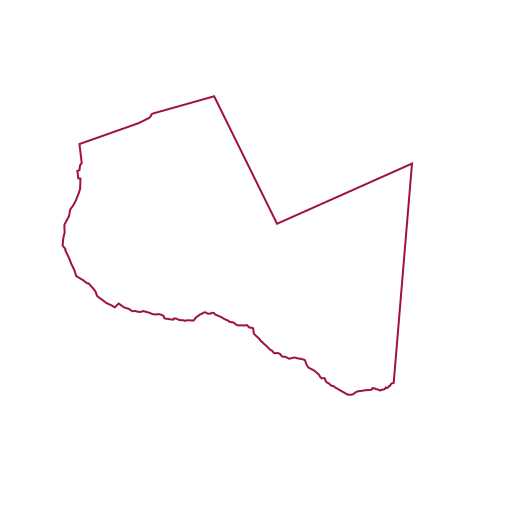 Rivadavia, Mendoza, Argentina (Equal Earth projection), rotated 250°
{"feature_id": "61730980B42888218741442", "entity_name": "Rivadavia", "entity_type": "district", "adm_level": 2, "iso_a3": "ARG", "parent_name": "Argentina", "parent_adm1": "Mendoza", "projection": "equal_earth", "projection_center": [-68.761, -33.437], "detail": "fine", "context": "isolated", "style": "outline", "palette": "rose", "viewbox_px": 512, "rotation_deg": 250, "n_neighbors": 0, "source": "geoboundaries", "source_scale": "gbopen_adm2", "svg_char_len": 2910}
<svg xmlns="http://www.w3.org/2000/svg" viewBox="0 0 512 512"><g transform="rotate(250 256 256)"><path d="M421.6,128.4L402.9,124.0L401.4,121.7L397.0,119.4L397.0,117.2L389.7,115.6L388.8,117.5L379.5,113.8L376.2,111.4L370.0,105.9L366.2,101.7L363.3,97.4L357.4,93.9L351.0,86.7L347.4,85.4L343.6,84.3L341.9,83.1L338.8,81.1L331.9,77.8L327.8,79.3L326.4,78.7L320.2,79.4L316.1,79.7L312.1,79.7L305.9,80.4L301.5,80.4L298.9,80.1L295.4,82.8L292.2,85.4L288.1,88.0L287.5,89.3L282.6,91.3L277.9,93.0L272.9,93.0L270.6,94.3L266.8,96.9L263.0,99.3L258.9,103.5L256.0,105.7L258.3,110.7L252.8,114.5L249.5,118.8L248.6,119.2L246.4,121.0L245.5,124.1L244.1,125.7L242.8,128.7L242.9,130.9L242.2,132.1L239.4,136.0L237.8,137.9L236.8,138.8L235.9,140.7L235.2,142.1L235.0,143.7L234.1,145.7L232.4,147.6L231.5,148.6L228.9,148.6L228.0,149.6L227.1,151.6L225.4,154.5L224.5,156.5L225.4,157.5L224.5,159.5L223.6,160.4L222.7,161.4L221.9,162.4L221.0,164.4L220.1,166.4L219.2,167.3L219.2,169.3L216.7,175.3L218.5,178.1L219.1,179.4L219.5,181.4L220.2,183.1L220.1,185.1L220.6,186.9L220.6,188.7L219.8,189.8L218.6,190.6L218.0,191.7L217.5,193.1L217.6,195.5L216.8,196.9L215.2,197.6L213.9,198.7L213.0,199.9L212.0,200.8L210.5,202.4L209.2,203.5L208.2,204.2L207.0,205.3L205.7,206.7L204.5,208.0L203.1,208.6L202.5,209.8L202.2,210.3L201.7,211.5L200.3,212.8L198.6,213.6L197.9,214.3L196.7,215.8L196.1,218.1L195.2,219.9L194.6,221.5L194.2,223.8L192.9,224.5L191.9,224.8L190.8,225.5L190.3,226.9L189.2,228.5L187.3,228.3L186.0,227.9L184.0,227.4L182.9,227.8L181.0,228.7L179.6,229.4L178.4,230.2L176.4,230.9L175.5,231.3L174.2,231.5L173.2,232.5L172.0,232.8L170.1,233.8L169.1,234.4L167.8,235.1L166.6,235.7L165.1,236.3L163.7,237.0L162.6,237.5L161.8,238.6L159.8,239.3L158.6,239.7L158.0,240.8L157.6,243.0L156.7,244.1L155.5,245.2L154.2,245.7L153.1,245.8L152.3,246.6L151.9,247.9L150.5,249.9L149.5,250.8L148.2,251.9L147.8,254.4L147.7,256.6L147.2,257.9L145.6,260.1L144.8,261.4L144.2,262.7L143.2,264.2L142.2,265.5L141.4,266.3L139.5,266.4L138.1,266.3L136.5,266.4L135.2,266.6L133.4,267.1L131.7,268.5L130.8,269.3L129.2,270.9L128.2,271.6L126.5,272.6L125.2,273.4L123.7,274.2L122.3,274.7L121.3,274.8L120.0,275.1L118.5,276.0L117.8,278.6L116.4,279.0L115.1,278.6L113.4,279.1L112.4,279.8L111.6,280.7L110.2,281.5L109.0,282.0L108.0,283.0L107.2,284.5L105.9,285.1L104.6,286.0L103.6,287.1L102.3,288.0L101.1,289.0L99.9,290.0L97.7,292.0L96.6,292.8L95.5,293.8L94.2,295.0L93.7,296.5L93.1,297.9L92.9,299.4L93.1,300.7L93.6,302.1L94.0,303.6L93.9,306.1L93.4,308.3L93.0,309.6L92.7,311.8L92.1,314.1L91.6,315.6L91.1,317.3L91.0,319.5L91.9,320.0L91.7,321.2L91.1,322.2L90.2,322.7L89.6,323.7L88.8,325.0L87.7,326.0L87.1,326.9L87.3,328.5L86.9,330.1L87.0,331.6L88.0,332.9L87.2,333.7L87.3,335.2L88.1,336.2L88.2,337.7L89.1,338.5L89.8,339.6L89.7,342.0L289.5,434.2L279.1,286.8L420.4,271.3L425.1,208.9L425.1,207.1L424.6,206.0L423.4,204.9L422.3,203.0L421.0,191.1L421.6,128.4Z" fill="none" stroke="#9f1239" stroke-width="2"/></g></svg>